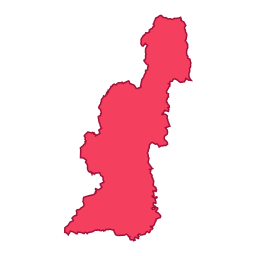 the district of Dak Doa, Gia Lai, Vietnam
{"feature_id": "81297802B36312306774318", "entity_name": "Dak Doa", "entity_type": "district", "adm_level": 2, "iso_a3": "VNM", "parent_name": "Vietnam", "parent_adm1": "Gia Lai", "projection": "albers", "projection_center": [108.178, 14.116], "detail": "fine", "context": "isolated", "style": "filled", "palette": "rose", "viewbox_px": 256, "rotation_deg": 0, "n_neighbors": 0, "source": "geoboundaries", "source_scale": "gbopen_adm2", "svg_char_len": 5840}
<svg xmlns="http://www.w3.org/2000/svg" viewBox="0 0 256 256"><path d="M85.0,139.4L86.0,141.2L85.7,141.7L85.0,141.8L85.4,143.6L84.0,144.4L83.5,145.3L80.4,147.9L80.7,150.0L80.5,157.7L83.5,158.0L86.4,160.2L86.4,160.7L85.5,162.1L86.3,163.4L87.2,164.1L87.6,166.3L87.4,167.9L87.8,169.9L88.8,171.6L89.8,172.1L90.3,171.6L91.2,172.5L91.9,171.9L91.4,173.2L91.9,173.6L92.1,174.3L92.7,173.0L93.4,173.3L94.1,174.1L94.4,173.6L95.0,173.8L95.6,173.1L99.8,172.8L100.8,175.5L102.9,176.8L103.2,180.3L104.0,181.9L103.6,182.4L102.4,182.7L102.1,183.1L100.3,183.8L100.4,184.9L101.9,187.2L100.0,188.9L98.4,189.8L95.6,188.7L95.5,189.6L96.2,190.2L96.1,191.6L95.8,192.1L95.4,191.9L95.2,192.6L95.8,192.7L95.3,193.4L93.4,194.7L89.0,195.7L83.8,197.3L83.3,198.6L83.4,200.2L82.9,201.5L83.7,203.0L84.1,205.4L82.6,207.1L81.3,207.7L79.6,209.5L77.4,209.7L76.8,210.1L76.3,211.0L77.0,212.7L76.5,213.6L76.7,215.3L74.4,215.9L72.7,217.3L72.0,218.2L73.3,220.1L73.1,220.9L70.2,222.0L67.9,225.5L64.9,227.7L64.7,232.3L66.6,232.9L67.3,233.9L68.0,233.9L68.3,234.7L70.4,231.2L73.3,231.9L76.3,233.8L77.4,233.7L77.5,232.3L78.1,232.1L81.2,232.5L84.0,233.6L84.9,232.4L85.4,232.3L86.5,232.8L87.2,233.7L88.4,232.5L92.3,231.8L95.4,230.1L97.0,230.3L97.5,229.8L98.3,230.1L99.0,229.9L99.7,230.5L101.3,230.7L103.0,230.2L103.4,230.3L103.8,231.0L104.2,230.6L105.1,230.6L106.1,229.4L108.2,229.7L108.7,229.3L111.0,229.4L112.5,230.0L113.7,229.9L114.0,231.3L115.6,234.7L118.0,235.5L124.6,235.1L126.4,234.2L128.0,235.3L128.3,236.2L129.2,236.8L129.7,236.8L129.4,237.3L130.3,239.7L132.3,239.9L133.0,239.7L133.7,240.1L133.7,240.6L135.1,240.1L134.5,238.2L135.0,237.2L135.7,237.3L138.1,238.6L138.6,238.5L138.7,238.1L138.3,237.5L139.0,236.3L137.6,235.3L138.9,234.0L139.6,233.9L140.3,235.0L141.7,235.0L145.1,234.1L146.4,231.9L146.9,231.6L147.5,231.6L148.7,232.6L149.5,232.5L150.1,231.4L150.3,230.2L152.3,229.1L152.8,228.4L152.5,227.7L150.5,226.8L150.5,226.3L152.7,226.3L153.4,225.8L154.2,224.5L155.3,221.7L156.0,220.9L156.1,219.1L157.7,218.6L158.7,217.9L160.1,217.7L160.7,216.5L160.5,215.5L157.6,212.4L156.8,212.4L155.8,211.6L155.8,211.2L157.6,209.2L157.7,208.2L157.3,207.7L156.3,207.3L155.7,207.3L154.3,209.2L153.9,209.3L152.4,209.3L151.8,208.6L152.3,207.7L155.3,207.0L155.2,206.3L153.4,205.5L153.2,203.5L153.4,203.0L153.9,202.7L155.5,203.4L155.9,203.2L155.8,201.8L155.0,199.0L155.2,198.5L157.0,197.7L157.1,197.2L156.5,196.8L154.5,197.5L153.5,197.4L152.5,197.0L152.1,196.2L152.5,195.9L153.8,196.3L154.0,195.8L153.6,192.4L152.8,191.4L153.0,190.9L153.7,190.8L156.0,191.5L156.4,190.7L156.1,189.8L156.5,189.6L155.8,188.4L155.9,187.7L153.2,185.6L153.7,180.9L153.0,179.8L152.6,177.9L151.8,177.3L152.1,175.6L151.8,174.8L150.2,173.0L150.9,169.9L149.9,169.4L152.6,168.6L151.7,167.8L148.0,162.4L149.0,158.2L148.4,157.1L148.0,154.4L147.4,152.6L148.3,151.0L148.4,149.6L149.2,148.0L149.4,144.9L150.9,143.2L151.9,142.5L152.5,142.5L153.6,143.3L155.6,144.2L157.2,143.9L158.8,145.9L158.9,146.9L159.2,147.0L161.5,145.7L163.1,145.9L163.8,145.4L165.9,145.5L167.6,144.1L167.3,142.5L166.5,141.3L164.3,139.3L164.2,137.4L164.7,136.0L167.0,134.4L167.6,132.5L167.2,130.1L165.4,127.7L169.9,126.2L167.7,120.5L167.7,119.5L166.9,118.3L167.3,117.0L167.3,115.9L166.2,114.8L165.0,114.1L163.8,114.1L162.9,114.6L162.0,114.4L162.6,113.2L163.5,112.6L164.6,110.3L165.3,110.5L165.6,110.9L166.5,110.7L168.0,111.4L168.4,111.5L168.6,111.2L168.8,109.0L167.9,107.7L169.2,107.4L169.4,106.8L169.0,105.3L168.1,104.6L166.9,102.0L166.4,102.0L166.6,99.8L167.3,98.9L167.2,97.9L168.6,96.9L168.2,95.7L168.5,93.9L166.9,93.1L166.4,92.0L167.5,89.1L168.1,88.7L169.0,86.6L169.7,86.4L170.0,84.3L168.6,83.8L169.8,83.1L169.9,81.9L170.2,81.6L172.3,81.2L173.1,79.5L174.7,78.7L177.9,80.3L178.9,81.5L180.5,82.4L184.5,81.7L184.9,80.6L185.5,80.0L185.8,78.4L188.6,80.1L191.3,80.4L189.7,78.4L188.9,76.1L188.9,73.4L189.5,72.3L189.8,70.3L189.5,68.7L190.5,67.2L190.7,65.3L190.4,64.1L190.9,63.3L189.9,59.2L187.7,58.2L187.9,56.4L186.8,55.0L186.5,51.7L187.0,49.2L187.7,47.9L187.6,44.1L186.8,43.6L186.8,42.8L185.2,40.4L186.2,39.0L186.7,35.7L186.6,33.7L185.6,32.2L185.3,30.0L184.8,29.3L184.5,27.7L184.6,27.3L185.8,25.5L183.9,22.1L181.0,20.3L180.9,19.8L181.3,19.2L180.6,17.3L178.8,18.1L177.1,18.2L176.1,18.6L174.5,18.2L173.4,19.0L172.0,19.4L170.2,18.7L168.0,19.0L166.1,17.7L163.4,17.6L162.7,16.8L162.1,16.6L161.7,15.6L160.6,15.4L159.4,15.9L158.4,16.8L155.7,18.1L155.1,20.1L154.3,21.4L154.0,23.0L153.3,23.8L153.3,24.6L154.1,25.1L153.9,26.4L152.9,26.9L152.3,28.4L151.6,28.5L149.3,30.0L149.5,31.8L148.7,32.1L148.2,32.9L145.7,32.8L145.3,34.0L144.3,35.3L143.6,35.3L143.0,36.1L141.4,38.7L141.0,40.0L141.2,41.3L140.9,43.7L141.9,45.6L143.1,46.1L145.3,43.4L145.8,44.2L147.6,45.3L145.6,48.6L145.5,52.7L146.2,54.2L145.6,55.1L145.6,58.0L145.2,59.6L144.0,60.1L144.0,60.8L146.2,63.8L148.1,65.1L148.3,66.5L147.8,66.9L147.5,69.8L145.6,70.4L145.8,71.0L145.5,71.7L145.7,72.7L144.2,75.3L143.8,77.0L141.9,79.5L141.1,83.3L141.2,83.9L140.4,86.1L140.6,86.5L141.1,86.7L140.4,87.6L138.6,87.9L137.5,88.6L135.8,88.0L135.0,86.3L133.8,85.0L129.9,83.5L129.0,81.2L128.6,80.9L126.1,81.9L125.6,82.5L124.7,82.5L123.4,83.5L122.4,82.9L122.5,82.5L122.0,82.2L120.4,83.0L118.9,82.7L117.9,83.1L116.9,83.8L116.7,84.4L115.9,84.9L114.3,84.1L113.0,84.7L112.4,86.0L111.8,86.4L111.4,86.2L110.8,86.7L110.7,87.6L108.9,90.1L108.1,90.3L108.4,92.3L108.1,92.4L107.9,91.8L107.5,91.7L106.6,92.8L107.2,93.3L107.2,94.1L106.1,94.3L105.3,96.4L103.6,95.9L103.0,97.8L101.7,99.1L101.3,100.3L101.6,101.3L101.3,101.5L100.7,103.2L100.6,104.1L99.4,105.7L98.7,107.4L99.2,108.6L100.4,109.3L101.1,111.6L101.3,113.2L100.5,113.9L100.8,115.0L100.5,115.5L98.4,116.4L98.2,116.7L99.1,122.0L100.2,124.8L100.4,126.3L101.5,128.1L98.8,130.1L100.0,133.4L95.7,135.8L95.7,134.6L94.7,134.1L94.0,134.1L94.3,133.2L93.9,132.6L93.2,133.0L92.5,132.4L91.8,132.9L87.9,132.0L84.8,135.0L84.2,136.0L85.3,137.5L85.0,139.4Z" fill="#f43f5e" stroke="#9f1239" stroke-width="1.5"/></svg>